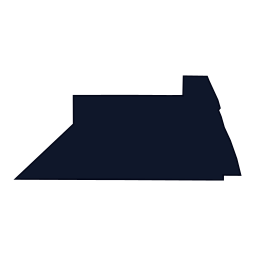 the district of Martin, Florida, United States of America
{"feature_id": "52423323B2908823577252", "entity_name": "Martin", "entity_type": "district", "adm_level": 2, "iso_a3": "USA", "parent_name": "United States of America", "parent_adm1": "Florida", "projection": "natural_earth1", "projection_center": [-80.305, 27.11], "detail": "fine", "context": "isolated", "style": "filled", "palette": "ink", "viewbox_px": 256, "rotation_deg": 0, "n_neighbors": 0, "source": "geoboundaries", "source_scale": "gbopen_adm2", "svg_char_len": 408}
<svg xmlns="http://www.w3.org/2000/svg" viewBox="0 0 256 256"><path d="M73.5,95.7L73.6,124.1L15.4,179.0L100.7,179.3L114.7,179.3L216.0,179.8L223.2,179.8L223.2,175.0L240.6,175.1L236.6,158.9L230.2,140.7L224.1,127.5L221.0,116.7L218.3,110.1L218.6,109.7L220.0,108.1L217.7,100.1L208.9,81.0L207.1,76.5L183.5,76.2L183.1,95.7L170.1,95.8L128.4,95.6L73.5,95.7Z" fill="#0f172a" stroke="#020617" stroke-width="1.5"/></svg>